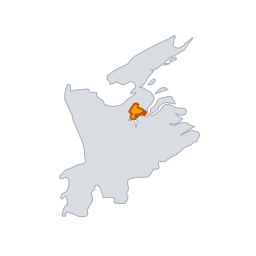 Chandpur, Chittagong, Bangladesh (highlighted), rotated 248°
{"feature_id": "16705992B70711841490613", "entity_name": "Chandpur", "entity_type": "district", "adm_level": 2, "iso_a3": "BGD", "parent_name": "Bangladesh", "parent_adm1": "Chittagong", "projection": "albers", "projection_center": [90.778, 23.244], "detail": "fine", "context": "in_parent", "style": "filled", "palette": "amber", "viewbox_px": 256, "rotation_deg": 248, "n_neighbors": 0, "source": "geoboundaries", "source_scale": "gbopen_adm2", "svg_char_len": 8445}
<svg xmlns="http://www.w3.org/2000/svg" viewBox="0 0 256 256"><g transform="rotate(248 128 128)"><path d="M88.7,179.5L88.8,173.6L85.0,162.0L85.2,160.8L84.5,155.2L83.6,152.1L83.1,148.8L85.5,144.0L84.6,143.3L79.4,141.8L78.9,140.5L80.0,135.9L76.4,131.4L75.0,128.1L79.1,117.5L80.2,110.1L79.9,108.7L77.5,107.0L73.3,106.3L70.3,104.9L68.6,102.7L67.1,101.9L65.3,102.5L62.9,101.6L61.0,99.5L59.4,96.9L60.1,94.2L63.3,87.7L64.5,87.5L67.1,88.8L68.1,88.9L69.9,86.3L72.5,79.0L81.0,79.8L83.1,79.6L85.2,79.0L86.4,78.1L87.0,76.9L86.8,75.9L84.2,74.5L83.2,73.4L82.5,70.5L81.8,69.4L76.6,69.1L74.0,67.7L72.6,66.5L70.0,62.5L66.8,59.4L63.8,58.7L62.6,57.7L62.0,56.2L62.4,54.0L64.0,49.8L72.6,40.8L72.9,39.7L72.5,38.6L70.1,37.1L69.9,36.3L70.7,34.4L72.1,34.2L75.0,36.0L77.9,38.9L79.6,41.4L79.6,43.4L81.9,43.8L83.8,44.7L85.8,44.5L87.1,45.0L88.0,44.8L88.3,43.7L86.7,40.8L87.5,39.6L89.4,39.7L90.8,40.8L91.8,43.0L92.0,46.4L94.2,49.6L97.2,51.8L99.5,52.9L102.3,53.6L104.8,52.9L106.0,50.8L105.5,48.8L105.9,47.1L106.8,46.2L108.4,46.2L109.5,47.6L112.7,55.1L112.0,58.4L112.7,67.4L111.8,73.4L112.3,75.7L112.9,76.1L117.9,77.2L125.1,79.6L130.6,80.5L155.7,79.9L161.2,81.0L177.9,80.0L182.5,81.8L187.5,84.9L190.3,87.2L190.8,88.5L190.5,89.6L189.6,90.2L187.9,90.3L183.9,88.8L183.2,89.3L183.2,92.9L180.1,101.9L179.7,104.6L178.6,105.7L175.2,106.3L173.1,111.6L172.2,112.2L170.0,111.1L168.6,111.3L166.9,111.8L165.2,113.0L164.1,114.5L162.7,115.0L158.0,115.0L157.1,117.4L154.0,120.6L151.9,129.0L152.1,131.6L154.7,138.3L156.6,147.0L157.3,147.9L158.2,148.0L158.2,144.0L159.1,143.5L160.2,143.9L162.4,149.3L163.7,150.7L165.7,151.0L167.9,150.2L169.6,148.6L170.3,146.9L169.6,141.0L170.7,138.6L174.5,135.1L175.1,134.0L174.8,128.1L176.2,127.9L178.2,128.3L180.6,126.9L181.4,126.9L182.4,128.4L184.2,128.1L186.9,139.7L187.2,147.9L187.8,152.5L188.8,153.5L191.8,160.3L194.8,184.4L195.4,199.8L196.6,205.0L195.6,206.1L194.7,206.4L193.8,204.6L187.4,200.7L185.9,201.2L183.8,203.4L182.9,205.5L183.3,208.5L184.0,211.4L185.6,213.0L185.7,214.9L187.5,221.7L187.0,221.8L183.5,215.5L179.2,209.4L177.8,198.4L177.6,192.9L174.7,186.5L172.0,175.3L173.1,171.4L171.1,173.1L168.0,166.4L163.1,159.9L161.6,157.0L161.5,154.1L159.5,157.0L156.6,159.0L153.7,162.0L151.8,162.9L145.6,163.5L142.0,159.5L137.0,149.6L136.3,147.4L137.0,141.6L135.8,136.1L135.4,131.3L134.5,131.7L134.2,133.0L134.3,135.1L134.0,136.8L125.5,135.7L129.1,138.5L133.0,139.2L135.0,141.8L135.1,146.1L131.3,148.7L131.6,150.9L133.8,153.5L131.1,154.3L130.4,156.0L130.3,158.5L132.2,162.3L131.9,163.8L135.1,168.7L135.7,171.1L134.9,174.5L127.9,181.3L125.9,186.1L124.1,188.3L122.0,188.7L119.3,186.5L119.3,184.1L119.8,182.2L123.5,177.7L121.5,178.3L115.8,182.0L114.8,179.0L114.1,176.2L114.1,172.8L116.8,167.7L113.7,170.2L112.9,173.4L113.2,177.2L112.8,179.8L111.5,183.3L109.9,185.4L107.2,186.7L106.0,188.7L104.2,190.2L103.6,183.2L101.8,173.7L101.3,175.8L102.3,181.6L102.2,185.5L100.7,188.5L97.7,191.7L95.4,192.1L94.1,191.6L89.9,186.7L89.6,182.1L88.7,179.5ZM140.6,180.0L135.3,181.1L132.7,180.7L137.7,172.2L137.5,168.4L136.7,165.3L134.2,162.8L134.1,161.1L133.0,158.6L132.4,155.8L135.2,154.9L137.4,156.5L138.2,159.7L139.4,162.2L143.3,167.1L143.2,170.2L142.1,177.7L140.6,180.0ZM151.8,177.2L148.6,179.4L149.6,166.0L152.0,171.0L152.6,173.7L151.8,177.2ZM163.9,170.4L162.5,171.4L161.2,170.5L159.5,167.4L160.4,163.4L160.9,162.8L162.9,166.9L163.9,170.4ZM175.9,198.6L174.1,198.8L173.2,197.9L173.6,196.5L173.1,192.2L175.4,191.7L176.3,195.3L175.9,198.6ZM173.8,186.5L172.5,190.8L171.9,188.9L172.8,185.1L173.8,186.5ZM136.5,151.6L137.0,153.0L134.1,151.2L133.4,150.0L134.7,149.3L136.5,151.6Z" fill="#d9dde1" stroke="#a8b0b8" stroke-width="1"/><path d="M137.9,134.5L137.7,134.6L137.4,134.5L136.5,134.1L136.2,134.2L136.0,134.5L135.7,134.6L135.3,134.3L135.0,134.4L134.6,134.4L134.6,134.7L134.8,134.7L134.8,134.9L134.8,135.2L134.6,135.2L134.6,135.8L134.4,136.3L133.7,137.3L133.5,137.8L133.5,138.2L133.7,138.5L134.6,138.8L134.8,139.1L135.0,139.6L135.0,139.3L135.5,139.4L135.6,139.2L135.8,139.3L135.9,139.2L136.0,139.4L136.3,139.5L136.3,139.4L136.1,138.9L136.4,139.5L136.7,139.5L136.9,139.5L137.2,140.0L137.5,140.1L137.7,139.9L137.3,139.6L137.3,139.3L137.5,139.1L137.3,139.5L137.6,139.7L137.8,139.9L137.7,140.0L137.4,140.1L137.2,140.0L136.8,139.5L136.6,139.5L136.6,140.0L137.2,141.2L137.2,141.5L137.2,142.2L137.1,142.5L136.8,142.9L136.7,142.8L136.6,143.0L136.4,143.1L136.5,143.4L136.4,144.3L136.6,144.5L136.4,144.8L136.4,145.0L136.6,145.2L136.6,145.7L136.7,145.9L136.8,146.3L136.7,146.3L136.7,146.1L136.5,145.8L136.4,146.2L136.6,146.7L136.6,146.4L136.8,146.4L136.7,146.7L136.6,146.9L136.7,148.4L136.7,151.0L137.1,150.2L137.4,149.9L137.1,149.8L137.0,149.7L137.3,149.4L137.1,148.8L137.3,148.7L137.9,148.4L138.1,148.4L138.5,148.6L139.2,149.1L139.6,148.7L139.9,148.5L139.9,148.4L140.0,148.2L140.3,147.9L141.0,147.9L140.9,147.9L141.0,147.8L140.9,147.7L141.1,147.5L141.0,147.4L141.1,146.9L141.2,146.7L141.4,146.5L141.7,146.5L141.8,146.4L141.8,146.2L142.0,146.1L142.3,146.0L142.4,145.6L142.6,145.6L142.8,145.5L142.6,145.3L142.6,145.0L142.9,145.0L143.0,145.0L143.3,144.8L143.6,144.8L144.0,144.9L144.3,145.2L144.3,145.5L144.5,145.5L144.5,145.4L144.7,145.6L144.9,145.6L145.2,145.7L145.3,145.8L145.4,145.7L145.5,145.8L145.6,145.7L145.9,145.7L146.0,145.9L146.1,146.0L146.1,146.3L146.2,146.2L146.6,146.1L146.8,145.9L147.5,145.8L147.5,145.7L147.4,145.4L147.4,145.0L147.3,144.9L147.2,144.6L147.5,144.4L147.4,144.3L147.4,144.2L147.8,144.1L147.7,144.0L147.6,143.8L147.7,143.7L148.0,143.4L148.1,143.0L147.9,142.8L147.9,142.6L147.9,142.4L147.6,142.4L147.6,142.2L147.6,141.9L147.5,141.7L147.3,141.7L147.0,141.2L146.8,141.1L146.7,141.2L146.6,140.8L146.4,140.7L146.5,140.3L146.4,140.1L146.1,140.0L146.0,139.7L145.9,139.7L146.0,139.5L145.9,139.2L145.7,139.3L145.5,139.2L145.2,139.2L145.2,138.9L145.1,138.7L145.1,138.2L144.8,138.0L144.8,137.9L144.5,137.9L144.5,137.7L144.3,137.7L144.2,137.6L144.2,137.2L143.9,137.2L143.7,136.0L143.6,135.9L143.5,135.7L143.4,135.8L143.1,135.8L142.9,135.6L142.7,135.3L142.4,135.0L142.5,135.2L142.2,135.2L142.2,135.4L141.8,135.5L141.7,135.7L141.8,135.8L141.7,135.9L141.6,136.1L141.4,135.9L141.2,136.0L141.1,136.3L140.8,136.3L141.0,136.3L141.0,136.2L140.7,136.2L140.4,135.9L140.3,136.3L140.2,136.5L140.0,136.8L140.0,137.0L139.8,137.0L139.7,136.7L139.4,136.6L139.2,136.7L139.4,136.9L139.3,137.0L139.2,136.9L139.1,136.6L138.6,136.3L138.6,135.7L138.2,135.2L138.1,134.7L137.9,134.5ZM135.2,146.9L135.2,147.3L134.7,147.6L134.9,148.1L134.9,148.4L134.9,148.5L134.8,148.4L134.8,148.8L135.0,148.9L135.3,149.2L135.6,149.4L135.7,148.7L135.7,148.4L135.8,148.5L135.8,148.8L135.8,148.7L135.9,147.9L135.7,147.6L135.7,147.4L135.4,146.9L135.3,147.0L135.2,146.9ZM134.3,149.0L134.3,148.6L134.5,148.5L134.7,148.4L134.7,148.2L134.8,148.2L134.8,148.4L134.8,148.1L134.6,147.9L134.6,147.6L134.3,147.6L134.2,147.8L134.2,148.0L133.9,148.1L133.9,148.4L133.7,148.5L134.3,149.0ZM134.9,149.6L134.9,149.3L134.7,148.6L134.4,148.6L134.3,149.0L134.9,149.6ZM135.3,150.1L135.3,149.8L135.5,149.5L135.3,149.3L135.2,149.3L135.3,149.2L135.1,148.9L135.0,149.1L135.0,149.4L135.1,149.8L135.0,149.4L134.9,149.5L135.3,150.1ZM135.5,141.0L135.5,140.7L135.5,141.0L135.0,140.8L134.9,140.9L135.4,141.4L135.4,141.5L135.3,141.4L135.3,141.5L135.3,141.4L135.0,141.1L134.9,141.2L135.2,141.4L135.3,141.6L135.7,141.8L135.7,141.6L135.9,141.9L135.7,141.6L135.4,141.2L135.5,141.2L135.5,141.0ZM136.1,141.4L135.6,140.5L135.6,140.8L135.9,141.5L136.0,141.6L135.9,141.7L136.1,141.9L136.0,141.5L136.1,141.4ZM135.0,147.3L135.0,147.2L135.0,146.9L134.8,147.0L134.5,147.5L134.8,147.4L135.0,147.3ZM136.4,139.8L136.3,139.6L136.0,139.6L136.1,139.8L136.3,140.2L136.3,139.9L136.4,139.8ZM134.7,146.8L134.5,147.3L134.9,146.9L134.7,146.8ZM136.4,142.2L136.2,141.7L136.2,142.1L136.4,142.2ZM134.9,141.1L134.6,140.8L134.6,141.0L134.8,141.2L134.9,141.1ZM135.6,149.9L135.8,149.5L135.7,149.3L135.6,149.6L135.6,149.9ZM135.5,144.2L135.4,143.9L135.4,144.1L135.5,144.2ZM135.5,143.5L135.6,143.4L135.4,143.1L135.5,143.5ZM134.0,146.1L134.3,145.7L134.1,145.8L134.0,146.1ZM136.5,140.6L136.4,140.2L136.4,140.4L136.5,140.6ZM136.1,140.1L135.9,139.7L136.0,139.8L135.9,139.9L136.1,140.1ZM135.7,141.3L135.9,141.7L135.7,141.3ZM136.4,144.8L136.5,144.6L136.4,144.6L136.4,144.8ZM136.5,145.7L136.5,145.4L136.4,145.3L136.4,145.5L136.5,145.7ZM135.2,143.0L135.4,143.1L135.2,143.0ZM136.1,142.6L136.1,142.4L136.1,142.5L136.1,142.6ZM135.1,140.8L134.9,140.7L135.1,140.8L135.0,140.7L135.1,140.8ZM135.4,140.2L135.2,140.2L135.3,140.2L135.4,140.2Z" fill="#f59e0b" stroke="#b45309" stroke-width="1.5"/></g></svg>